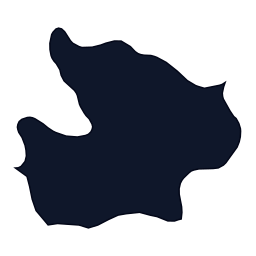 Sinphyong, Hwanghae-bukto, North Korea
{"feature_id": "82179303B74961933380219", "entity_name": "Sinphyong", "entity_type": "district", "adm_level": 2, "iso_a3": "PRK", "parent_name": "North Korea", "parent_adm1": "Hwanghae-bukto", "projection": "mercator", "projection_center": [126.713, 38.983], "detail": "fine", "context": "isolated", "style": "filled", "palette": "ink", "viewbox_px": 256, "rotation_deg": 0, "n_neighbors": 0, "source": "geoboundaries", "source_scale": "gbopen_adm2", "svg_char_len": 1573}
<svg xmlns="http://www.w3.org/2000/svg" viewBox="0 0 256 256"><path d="M15.4,168.0L27.0,176.4L29.6,186.4L32.2,199.2L36.1,210.6L46.8,223.3L48.1,224.9L57.5,223.5L79.0,225.0L88.4,227.9L97.9,225.0L108.7,219.4L118.1,215.1L126.2,213.7L139.6,212.3L150.4,215.2L157.1,216.6L167.8,220.9L174.5,221.0L178.6,219.6L181.2,219.0L181.9,212.4L181.6,206.8L179.2,194.3L179.1,188.7L180.3,183.4L181.8,180.4L183.5,178.1L188.6,173.1L191.2,171.0L193.8,170.0L198.8,168.9L213.1,168.5L218.3,167.9L223.4,165.1L225.9,162.7L228.9,158.5L237.1,147.1L239.2,141.8L240.3,136.8L240.6,131.2L240.4,128.6L238.8,123.4L236.1,118.5L233.7,116.5L229.9,110.8L223.3,99.0L222.6,96.4L222.3,93.1L223.6,86.9L225.1,82.5L222.2,84.4L219.5,85.3L204.4,88.3L198.6,86.6L195.7,85.6L187.3,80.6L177.2,71.1L166.2,62.4L156.9,57.4L154.2,56.4L150.9,55.5L144.0,55.2L140.7,54.6L138.0,53.6L135.1,51.6L130.4,46.6L121.2,41.1L114.4,41.0L105.8,43.2L100.7,45.1L92.2,47.2L81.9,47.5L79.0,46.6L72.7,43.2L70.4,40.7L64.7,31.8L61.6,28.9L59.2,28.3L58.7,28.1L56.0,29.0L53.1,32.1L51.7,34.5L49.9,43.2L50.0,49.6L51.1,55.6L52.1,58.1L54.0,61.1L56.3,63.6L59.9,69.7L61.2,75.3L64.1,80.9L74.4,90.3L76.3,93.0L77.4,95.5L79.5,104.2L80.6,106.7L84.2,112.9L86.1,115.6L89.2,118.8L92.0,124.0L92.7,126.8L92.1,129.4L90.9,131.9L88.4,134.3L85.4,135.5L77.4,137.0L66.1,136.1L55.7,132.5L53.0,131.2L47.9,127.8L43.0,123.8L35.0,118.8L32.6,117.8L30.0,117.3L27.3,117.5L21.9,119.3L19.2,121.5L17.9,124.4L17.4,127.1L17.9,129.7L18.8,132.4L22.1,137.5L25.1,145.4L26.0,150.2L26.4,156.0L25.1,161.4L21.1,166.4L18.3,167.8L15.4,168.0Z" fill="#0f172a" stroke="#020617" stroke-width="1.5"/></svg>